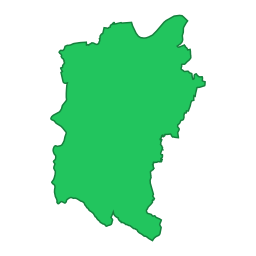 Duc Tho, Ha Tinh, Vietnam
{"feature_id": "81297802B16083563480391", "entity_name": "Duc Tho", "entity_type": "district", "adm_level": 2, "iso_a3": "VNM", "parent_name": "Vietnam", "parent_adm1": "Ha Tinh", "projection": "robinson", "projection_center": [105.62, 18.488], "detail": "fine", "context": "isolated", "style": "filled", "palette": "green", "viewbox_px": 256, "rotation_deg": 0, "n_neighbors": 0, "source": "geoboundaries", "source_scale": "gbopen_adm2", "svg_char_len": 5768}
<svg xmlns="http://www.w3.org/2000/svg" viewBox="0 0 256 256"><path d="M193.8,100.3L193.7,97.3L193.9,95.8L194.8,96.5L195.1,96.5L195.6,93.4L197.0,87.6L197.4,87.4L198.9,87.4L200.5,87.0L204.6,85.7L204.9,85.0L205.1,81.8L203.0,81.2L202.3,80.7L202.5,78.4L202.4,77.2L202.2,76.8L199.7,76.9L198.9,76.7L197.3,75.4L196.4,74.0L196.1,73.8L194.6,74.6L194.4,74.9L194.2,75.6L194.1,78.6L193.3,79.3L192.9,79.3L192.2,76.9L191.8,73.7L191.7,73.6L189.2,72.6L188.6,71.6L188.2,71.3L187.5,71.2L184.8,71.5L183.9,71.3L183.1,70.5L181.4,69.4L181.2,69.1L181.1,68.2L181.7,66.2L181.6,64.8L181.7,64.4L182.2,64.2L184.5,64.2L185.4,63.6L186.5,62.3L189.4,59.8L190.6,58.2L190.8,57.6L190.7,55.4L190.5,54.4L190.4,51.2L190.1,49.4L187.7,49.9L187.4,49.1L186.7,47.9L186.0,47.3L185.3,46.9L185.3,46.2L184.5,45.4L184.3,45.0L183.0,45.6L178.8,47.2L178.1,47.1L177.2,46.1L180.5,43.8L182.0,42.0L182.5,40.6L182.7,39.6L182.3,35.6L183.3,32.3L183.4,28.2L183.7,27.2L184.6,25.6L186.2,22.8L187.6,20.9L183.7,17.1L182.0,15.7L179.5,15.4L174.1,16.1L166.2,20.5L164.1,22.2L156.6,31.0L152.5,35.1L148.7,37.0L146.1,37.9L143.9,38.1L140.6,37.6L138.4,36.3L136.1,33.3L132.6,26.0L131.5,22.4L121.8,23.1L121.1,22.6L115.9,23.8L114.0,24.0L114.3,22.7L114.0,22.5L112.6,23.5L112.1,24.4L111.3,24.7L110.5,25.3L110.3,25.9L110.3,27.0L109.1,27.4L107.9,28.3L107.6,28.3L106.5,28.0L104.1,27.7L103.0,32.7L102.5,33.7L101.5,34.0L100.1,36.0L100.1,37.9L99.4,38.8L99.8,39.1L99.7,40.9L99.2,41.7L98.8,43.2L98.2,43.6L97.7,44.3L96.4,44.4L95.1,43.9L93.6,43.1L92.2,42.9L91.7,42.9L90.7,43.7L89.6,44.2L88.7,45.1L88.1,44.7L86.5,45.1L86.3,42.2L80.2,42.6L74.1,43.5L73.3,43.7L70.5,45.0L68.1,45.4L67.3,45.3L65.1,46.3L64.1,49.3L63.5,50.0L63.2,50.1L62.7,50.6L60.9,50.3L60.6,50.4L59.6,51.3L59.1,52.2L59.9,53.4L60.7,53.9L61.3,54.7L61.6,55.5L61.5,55.9L61.2,56.6L62.3,58.3L63.3,58.8L63.5,59.8L64.2,60.7L64.0,61.8L64.4,62.4L64.5,63.1L62.7,65.4L62.5,67.5L61.9,67.7L61.1,67.7L60.7,68.1L61.1,69.2L62.4,71.5L61.0,72.4L63.0,81.3L63.4,82.3L64.1,82.9L64.5,83.1L65.5,83.3L66.4,83.2L67.4,82.9L66.8,85.4L66.5,89.5L66.3,93.5L66.3,97.4L66.6,99.6L66.2,100.7L62.4,105.5L61.5,108.9L60.4,110.7L59.5,111.9L53.4,115.2L51.8,116.6L51.0,118.1L50.9,118.5L51.1,119.2L51.5,119.6L54.2,120.8L56.1,123.2L61.1,126.3L62.9,128.2L66.0,132.1L66.2,132.5L66.2,133.3L64.9,137.1L64.2,140.6L63.1,142.9L61.8,145.0L60.5,145.7L57.4,146.4L56.9,146.3L55.9,145.8L55.3,145.8L54.4,146.4L54.1,146.9L53.4,148.5L53.1,150.1L53.3,151.5L53.8,153.0L54.5,154.4L55.4,155.3L55.7,155.9L55.7,158.1L55.4,159.2L55.1,159.7L53.7,161.0L53.5,161.5L53.6,161.9L54.9,163.8L54.9,164.1L53.9,167.0L53.8,168.2L54.5,169.8L55.3,171.1L55.3,172.9L55.1,174.7L54.1,178.3L53.4,179.9L51.9,181.9L51.8,182.5L52.9,183.9L53.6,184.2L54.1,184.6L54.7,185.6L54.9,186.2L55.0,187.2L54.6,189.5L54.5,192.2L55.4,196.6L56.4,198.6L56.9,200.1L57.1,200.9L56.9,202.1L57.1,202.6L57.8,203.5L58.1,203.7L58.7,203.6L60.5,202.0L61.2,201.6L62.3,201.8L64.6,203.0L65.3,202.9L66.2,201.8L66.5,200.5L67.1,199.5L69.3,198.0L70.3,197.6L71.4,197.5L73.4,198.3L75.1,198.1L77.0,198.7L81.0,201.2L82.3,201.5L83.8,202.6L84.2,203.1L84.9,204.9L86.0,206.2L86.9,207.7L87.9,208.3L89.1,210.2L90.5,211.3L91.2,211.6L93.4,213.5L94.4,215.2L95.2,216.7L96.4,217.4L96.7,218.2L97.4,219.2L98.6,220.4L99.5,221.0L100.4,222.5L101.3,222.8L102.6,223.8L104.7,224.4L105.3,225.3L105.9,226.0L106.7,226.2L107.8,225.6L110.5,224.8L111.3,224.2L111.9,222.9L112.1,221.6L112.6,220.2L112.5,219.4L111.0,217.5L112.6,213.9L113.3,212.0L113.8,214.2L114.6,215.4L115.4,216.3L117.0,217.4L118.1,217.8L118.2,218.7L119.0,220.1L119.9,221.1L120.9,221.4L121.2,222.5L122.6,222.5L123.9,223.0L124.8,223.6L126.0,224.6L127.0,224.5L127.6,224.8L128.3,225.4L129.0,225.5L130.2,225.8L133.5,228.5L134.3,228.7L135.2,228.7L135.5,229.1L137.0,229.9L137.2,230.1L137.8,231.4L139.3,232.8L141.8,234.2L144.1,236.1L145.8,236.3L146.7,236.8L148.8,238.5L152.5,240.6L153.6,238.8L154.6,237.7L156.2,236.5L158.6,235.4L159.5,234.6L159.7,234.1L160.0,233.4L161.1,227.7L161.1,227.3L160.0,225.5L159.7,224.2L161.0,221.1L161.3,220.0L159.6,218.9L155.9,217.3L155.2,216.2L154.8,215.9L154.2,215.8L153.4,216.1L152.7,216.1L152.3,215.8L151.5,214.6L151.2,214.4L147.7,213.4L146.9,212.6L146.4,210.7L146.5,209.9L147.4,208.9L147.6,208.2L148.3,206.9L150.8,204.4L152.4,202.4L152.3,202.2L152.5,201.3L152.3,200.7L152.5,200.1L152.8,199.9L153.2,199.9L153.4,200.1L153.8,199.9L154.4,198.5L153.8,197.9L153.6,197.3L152.7,196.3L152.8,195.6L153.3,194.8L153.4,194.2L150.3,183.3L150.1,180.3L151.1,177.2L150.8,176.4L150.9,175.5L150.6,175.1L150.7,174.7L150.4,171.8L150.7,171.3L151.8,170.6L152.6,169.7L153.3,169.5L153.5,168.7L154.0,168.2L153.5,167.6L153.3,166.6L153.1,166.3L153.2,165.4L152.6,164.8L153.2,164.2L153.2,163.1L153.6,162.2L153.9,162.2L154.6,162.6L155.1,162.2L155.7,162.4L157.0,162.2L157.9,161.6L159.7,161.8L160.4,161.3L160.7,161.8L161.0,161.9L161.6,161.4L161.6,160.7L162.2,159.7L162.2,159.4L161.9,159.3L161.7,159.5L161.3,160.1L161.0,160.0L160.9,158.5L162.1,157.5L162.4,157.0L162.5,155.0L162.4,154.7L161.4,154.8L161.1,154.5L160.7,153.6L160.7,152.7L161.2,151.8L161.8,150.0L162.0,149.7L162.8,149.7L162.3,148.6L162.5,147.3L161.9,146.7L161.5,145.4L160.9,145.0L160.5,144.3L160.8,143.5L160.7,142.4L161.1,141.6L161.8,139.7L161.3,139.3L160.7,139.8L160.4,139.8L160.1,139.2L160.3,138.7L161.3,137.7L161.7,135.8L162.4,135.2L162.8,135.1L163.0,135.5L162.8,136.4L163.1,136.7L163.5,136.7L164.7,135.7L164.9,135.3L164.8,134.7L165.0,134.4L167.5,134.4L170.5,134.0L171.1,134.6L171.5,135.7L172.6,137.0L173.2,136.9L175.5,137.4L178.4,137.7L178.4,137.0L178.2,136.2L177.7,132.8L177.8,132.3L178.9,130.2L179.2,129.1L179.0,128.5L177.8,127.1L177.6,126.6L177.8,124.8L179.2,123.7L179.8,122.9L180.9,120.4L182.7,120.0L183.4,119.4L184.0,117.4L183.9,115.2L184.5,113.1L186.2,112.9L186.4,112.6L186.4,111.0L188.3,111.0L190.2,105.8L190.9,102.5L191.8,100.9L192.4,100.6L193.8,100.3Z" fill="#22c55e" stroke="#15803d" stroke-width="1.5"/></svg>